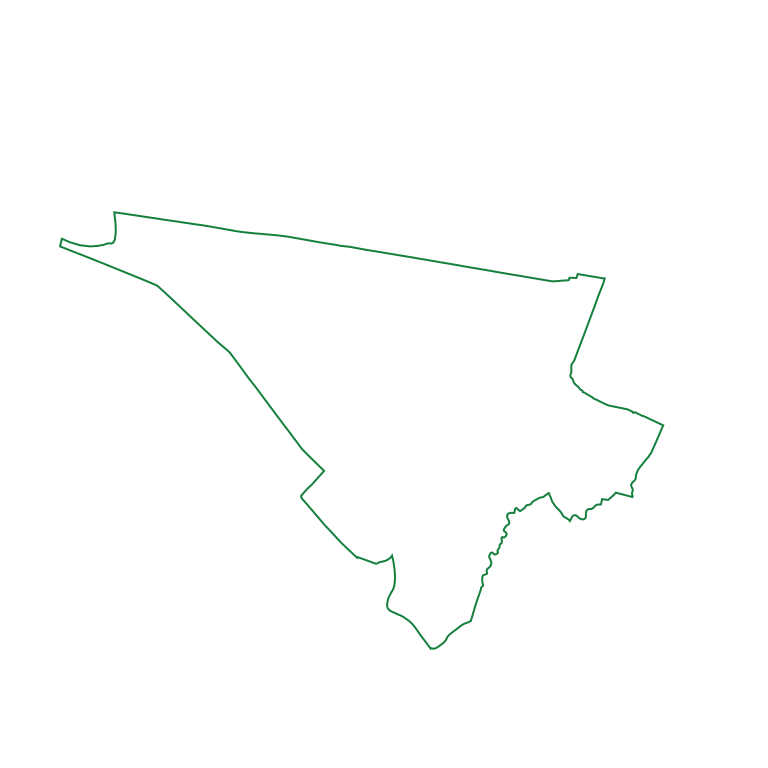 Thoi Binh, Cà Mau, Vietnam, rotated 337°
{"feature_id": "81297802B72962934651760", "entity_name": "Thoi Binh", "entity_type": "district", "adm_level": 2, "iso_a3": "VNM", "parent_name": "Vietnam", "parent_adm1": "Cà Mau", "projection": "mercator", "projection_center": [105.181, 9.38], "detail": "fine", "context": "isolated", "style": "outline", "palette": "green", "viewbox_px": 768, "rotation_deg": 337, "n_neighbors": 0, "source": "geoboundaries", "source_scale": "gbopen_adm2", "svg_char_len": 6142}
<svg xmlns="http://www.w3.org/2000/svg" viewBox="0 0 768 768"><g transform="rotate(337 384 384)"><path d="M139.6,130.8L168.3,159.0L182.4,173.1L186.8,177.5L205.6,196.4L213.1,204.2L214.0,205.6L217.7,213.5L225.5,231.0L233.1,248.5L241.1,266.4L247.3,280.5L252.4,290.6L254.1,294.2L254.4,294.9L256.1,301.9L258.8,313.3L261.4,324.7L264.5,336.1L275.5,381.3L277.6,389.3L283.2,412.2L287.8,423.5L292.5,434.8L294.9,440.6L278.0,448.5L273.2,450.2L265.9,453.6L264.0,454.7L263.7,455.3L263.6,456.3L263.8,457.8L265.5,462.8L270.0,476.9L274.3,490.8L277.6,499.4L282.2,512.4L285.2,519.6L288.1,526.0L291.4,533.6L292.2,533.2L295.2,535.9L301.2,541.5L304.7,544.8L306.3,546.2L306.7,546.4L307.2,546.5L307.9,546.5L309.3,546.3L310.7,546.3L312.8,546.8L315.9,547.3L318.5,547.2L322.0,546.5L323.6,545.7L324.3,545.2L323.3,551.0L321.4,558.2L319.9,562.8L318.3,567.0L316.3,571.0L314.3,574.2L311.9,576.8L309.0,578.9L306.5,580.9L304.2,583.0L302.5,585.2L300.3,589.1L299.9,590.2L299.9,591.2L299.9,592.1L300.2,593.0L300.6,594.4L302.1,596.4L306.4,601.1L309.4,604.2L310.8,606.0L311.9,607.8L314.3,611.5L315.7,614.5L316.7,617.2L317.3,619.3L318.4,624.1L319.7,630.5L321.3,636.6L322.6,642.0L323.6,645.9L324.3,645.7L326.1,647.0L326.7,647.3L328.4,647.4L330.6,647.2L333.1,646.6L336.1,645.9L338.5,645.2L341.0,643.8L343.9,641.4L345.7,640.5L349.2,639.4L356.6,637.6L361.7,636.3L364.5,636.0L368.7,636.3L370.9,636.0L371.3,636.1L382.5,622.5L392.7,611.2L393.5,610.0L394.0,609.3L394.6,609.0L395.6,608.7L396.3,608.4L396.7,607.4L397.1,605.1L397.7,602.9L399.5,599.5L400.6,598.8L401.6,598.8L403.5,599.0L404.6,598.9L405.0,598.4L405.3,596.7L406.0,595.2L407.0,594.6L409.3,593.9L410.8,593.2L412.3,591.7L413.0,590.4L413.2,589.2L413.4,586.9L413.2,585.2L413.5,583.6L415.0,582.1L416.5,581.2L417.3,581.2L417.8,581.6L418.6,583.0L419.0,584.0L419.6,584.4L420.9,584.5L422.8,583.9L423.3,583.3L423.2,582.0L423.8,581.3L425.7,580.2L426.7,579.1L427.8,577.3L428.7,576.6L429.6,576.6L430.2,576.3L430.8,575.6L432.0,571.7L432.5,571.2L433.1,571.2L434.2,572.0L435.1,572.2L436.5,571.7L438.0,570.5L438.4,569.6L438.2,568.4L437.4,566.8L437.0,565.8L437.3,564.9L438.8,563.7L440.6,562.6L442.4,562.1L444.0,561.8L444.7,561.4L445.2,560.2L445.5,558.7L445.2,555.5L445.6,554.1L446.5,552.5L447.7,551.9L448.7,551.9L450.6,552.2L453.3,553.5L453.7,553.4L454.4,552.3L455.5,550.8L456.1,550.2L456.6,549.8L457.1,549.8L457.5,550.1L457.9,550.8L459.0,553.4L459.6,554.2L462.2,553.7L465.2,553.0L467.4,551.5L468.2,551.4L470.8,552.0L472.1,552.0L473.1,551.4L474.4,550.6L476.3,550.2L481.7,549.6L483.5,549.6L484.6,549.8L485.5,550.1L486.4,550.2L487.4,550.1L489.0,549.5L490.2,549.4L492.7,548.7L493.1,548.9L493.1,549.6L493.0,550.5L493.1,552.4L493.1,553.3L493.0,555.9L492.9,558.3L494.1,564.0L496.2,569.2L496.9,571.9L497.3,575.2L497.9,576.7L498.9,578.0L500.3,579.8L501.2,581.4L501.6,582.8L504.5,580.4L505.6,579.5L506.7,579.1L507.6,579.1L508.5,579.4L509.4,580.0L510.2,581.3L511.0,583.3L512.1,584.8L513.2,585.9L514.0,586.3L515.6,586.5L516.5,586.4L517.2,585.9L517.9,585.2L518.4,584.0L519.0,582.7L519.6,581.4L520.8,579.9L521.6,579.3L522.8,579.1L523.8,579.2L524.9,579.7L525.8,580.0L526.5,580.1L527.5,580.0L528.6,579.7L530.4,578.8L531.5,578.5L532.5,578.4L533.7,578.5L536.7,579.6L539.8,575.2L541.2,576.0L545.0,578.3L551.9,576.0L554.9,574.6L568.5,585.1L568.7,584.9L568.8,584.6L569.0,584.3L569.1,583.5L569.2,583.0L569.3,582.4L569.5,581.9L569.6,581.4L570.0,580.8L570.3,580.4L570.8,579.9L571.4,579.2L571.6,578.7L571.8,578.2L571.8,577.7L571.8,577.1L571.7,575.4L571.7,574.9L571.8,574.2L571.9,573.8L572.2,573.3L572.6,572.8L573.1,572.5L573.6,572.1L574.1,571.8L574.7,571.5L575.7,571.2L577.4,570.5L578.1,570.0L578.8,569.4L579.1,568.8L579.5,567.9L580.3,566.5L580.7,565.9L581.3,565.3L582.3,564.2L582.9,563.6L583.8,562.7L584.3,562.3L584.9,561.9L585.4,561.6L586.8,560.8L588.0,560.0L588.5,559.8L589.5,559.3L590.2,559.0L590.9,558.5L592.9,557.4L595.2,556.3L596.9,555.3L598.0,554.9L598.6,554.6L599.3,554.2L599.8,553.9L600.5,553.3L601.3,552.7L601.9,552.4L602.5,552.2L603.0,551.8L604.0,550.9L604.8,550.1L605.4,549.6L606.1,548.9L610.0,545.3L611.4,544.0L614.0,541.5L615.0,540.6L615.9,539.7L616.7,539.0L617.7,538.0L620.5,535.3L621.4,534.4L622.3,533.5L623.3,532.6L624.1,531.9L624.9,531.1L622.3,528.3L618.8,524.3L615.3,520.5L613.6,518.5L610.3,514.9L609.2,514.2L608.4,513.1L606.6,511.1L604.6,508.7L604.4,508.3L602.8,508.1L602.2,508.0L602.0,507.9L601.9,507.8L601.8,507.5L601.9,507.3L602.0,506.8L601.9,506.6L598.5,502.7L597.0,501.6L594.1,499.6L593.0,498.8L588.4,495.7L585.8,493.9L582.7,491.8L580.2,489.4L578.4,487.3L574.4,482.7L573.6,481.6L573.3,481.3L573.3,481.2L573.1,481.1L572.7,480.9L572.2,480.4L571.4,479.3L571.0,478.8L570.7,477.9L570.1,477.1L569.6,476.4L568.6,475.0L566.3,472.0L565.6,470.9L565.0,470.1L564.5,469.8L563.9,469.4L563.8,469.2L563.8,468.8L563.9,468.6L564.0,468.4L564.1,468.1L564.1,467.9L564.0,467.6L563.9,467.3L563.5,466.9L562.7,466.2L561.5,462.0L561.0,461.3L560.8,461.0L560.6,460.4L559.9,459.2L559.4,457.0L559.4,455.5L559.5,453.3L559.3,452.3L558.7,451.2L558.5,450.2L558.6,449.7L558.9,448.9L560.5,447.0L561.4,445.7L562.4,443.2L562.9,441.8L564.0,439.8L565.9,438.1L567.1,437.6L568.3,436.7L578.3,426.2L588.2,415.9L607.8,395.2L617.3,385.0L625.4,376.8L628.0,373.5L628.4,373.1L626.3,372.0L625.7,371.5L624.3,370.6L621.5,368.8L619.5,367.5L618.9,367.2L618.1,366.6L617.4,366.2L615.0,364.7L607.8,360.1L605.3,358.4L604.4,359.5L603.7,360.2L603.2,360.8L602.4,361.6L599.4,360.1L596.2,358.7L595.0,360.3L594.6,360.5L594.3,360.5L592.4,359.9L588.5,358.5L583.4,356.9L580.6,355.9L578.8,355.1L575.6,353.1L552.2,338.1L540.4,330.6L528.7,323.1L528.1,322.6L518.7,316.6L517.0,315.5L508.0,309.8L497.1,302.7L486.0,295.6L473.9,287.8L428.1,258.6L418.1,252.3L406.2,244.4L397.4,239.5L396.5,238.7L380.2,228.5L353.1,210.8L342.0,204.4L339.6,203.2L339.3,203.0L323.5,194.6L315.8,190.4L308.0,185.8L281.3,168.4L271.3,162.4L253.0,151.2L243.1,145.2L237.4,141.6L233.7,139.4L225.1,134.1L207.9,123.6L202.8,120.6L199.4,132.0L196.4,139.5L193.0,145.3L192.7,145.8L191.6,146.9L190.9,147.5L189.2,148.2L188.5,148.2L187.6,148.0L186.7,147.5L185.9,147.1L184.0,146.6L180.6,146.4L174.8,145.1L168.5,143.0L165.9,141.8L158.8,137.7L155.7,135.3L150.5,131.0L144.3,124.5L143.4,125.5L139.6,130.8Z" fill="none" stroke="#15803d" stroke-width="2"/></g></svg>